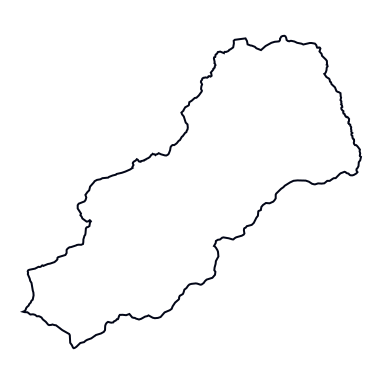 Acevedo, Huila, Colombia (Mercator projection)
{"feature_id": "7082276B6986127045268", "entity_name": "Acevedo", "entity_type": "district", "adm_level": 2, "iso_a3": "COL", "parent_name": "Colombia", "parent_adm1": "Huila", "projection": "mercator", "projection_center": [-75.971, 1.706], "detail": "fine", "context": "isolated", "style": "outline", "palette": "ink", "viewbox_px": 384, "rotation_deg": 0, "n_neighbors": 0, "source": "geoboundaries", "source_scale": "gbopen_adm2", "svg_char_len": 5899}
<svg xmlns="http://www.w3.org/2000/svg" viewBox="0 0 384 384"><path d="M361.0,156.9L359.9,156.1L359.8,155.7L360.2,153.4L359.6,151.3L359.9,149.6L357.6,146.5L356.3,145.2L355.0,145.1L354.0,143.8L353.8,142.8L354.1,141.4L354.0,139.5L353.3,139.2L353.2,138.6L352.5,137.9L352.4,135.9L351.8,135.5L351.4,134.8L351.5,133.7L352.3,133.0L351.7,132.5L351.2,131.3L351.4,130.2L351.0,128.9L351.2,127.2L350.3,125.8L350.2,124.6L349.1,124.2L348.9,123.4L348.4,123.2L348.4,121.9L348.9,121.4L349.1,119.0L347.9,117.4L347.0,116.9L346.6,117.1L346.3,116.8L346.0,116.8L345.5,116.3L345.5,115.9L344.9,115.1L344.6,114.1L343.5,113.5L343.2,112.3L343.4,112.0L343.4,111.1L342.4,110.4L341.4,109.0L341.3,108.2L341.4,107.6L342.3,107.0L342.0,105.5L341.1,104.3L341.6,103.8L341.2,102.1L341.4,101.3L340.5,100.1L341.1,97.6L340.7,96.4L340.5,93.2L338.9,92.2L337.5,91.8L336.4,91.0L335.0,87.4L331.5,84.1L331.0,82.3L330.0,81.6L329.6,79.6L329.1,78.7L326.4,77.0L324.3,73.9L325.0,73.5L325.8,72.3L326.5,70.2L326.7,67.9L326.9,67.2L327.6,66.5L327.3,65.0L326.7,64.7L327.0,64.0L326.9,61.0L325.9,59.6L322.0,55.8L321.6,53.9L319.5,51.5L320.4,48.5L319.9,47.7L319.0,47.4L318.2,47.8L317.1,47.6L316.2,45.0L314.9,43.6L311.5,43.0L309.8,43.0L303.3,44.5L301.6,43.7L297.1,42.8L294.4,41.5L291.6,40.9L290.3,40.9L289.3,41.3L287.9,41.0L286.6,40.0L286.2,37.9L285.4,36.3L284.4,35.8L282.7,36.0L281.3,36.6L280.0,38.8L280.1,39.6L279.8,40.5L278.9,41.4L274.7,41.8L271.4,42.8L265.6,46.0L261.0,50.1L256.4,48.3L254.8,46.8L251.7,45.6L250.6,45.5L247.6,44.4L247.0,41.1L245.5,38.4L234.8,39.8L233.7,40.8L233.9,43.4L233.2,47.3L232.8,47.7L230.2,49.5L229.3,49.8L228.8,50.6L228.0,51.2L225.9,52.0L224.9,51.8L224.0,52.5L223.9,53.1L220.2,51.6L217.8,52.1L217.1,53.5L215.6,54.7L215.2,57.0L214.1,57.4L213.9,58.5L214.7,62.2L214.4,63.1L215.2,64.2L215.5,65.2L214.8,66.2L214.7,67.6L213.3,68.8L213.4,69.5L210.8,72.6L211.3,73.7L211.6,75.8L210.6,76.6L209.8,76.2L208.7,76.2L208.3,76.5L208.2,77.0L207.1,77.7L205.2,77.4L204.7,77.7L203.4,77.8L202.3,78.6L202.1,79.7L201.1,81.0L200.9,82.0L202.1,84.4L201.4,86.2L201.1,88.3L201.1,89.2L201.9,90.7L201.7,91.5L198.8,95.5L196.5,97.7L194.7,98.0L191.6,100.8L189.3,102.2L188.9,105.0L188.5,105.5L185.2,107.3L183.6,110.0L183.5,110.6L181.4,112.6L182.1,114.4L183.8,116.5L185.7,122.6L187.5,124.4L187.8,127.5L187.5,129.6L186.9,130.3L186.3,132.2L185.2,132.8L182.7,136.2L181.8,136.8L179.9,140.1L178.7,140.8L176.8,143.2L175.4,144.3L174.1,145.1L172.8,145.0L171.7,145.6L170.6,147.1L170.1,150.2L168.7,153.8L167.7,154.8L166.3,155.5L164.9,155.4L161.0,154.3L158.7,153.2L157.5,154.1L156.0,154.5L155.5,155.1L154.5,154.3L153.3,154.2L152.7,153.8L152.2,154.4L151.3,154.9L149.8,157.0L148.4,158.0L146.1,159.1L145.6,159.7L144.4,159.9L144.1,160.5L141.5,161.0L140.7,161.3L140.7,161.7L140.3,161.8L138.9,161.4L137.8,159.8L136.8,159.2L135.7,160.5L133.7,161.7L132.9,162.8L132.8,163.4L133.5,165.0L132.3,167.2L132.1,168.0L132.3,168.1L130.1,169.5L125.3,171.6L121.8,172.8L116.5,174.0L115.9,174.7L112.6,175.5L109.0,176.9L108.2,177.6L102.4,178.2L100.4,179.3L97.0,179.9L94.6,181.2L93.9,182.3L90.1,186.6L89.2,190.3L87.5,192.0L85.4,194.9L86.3,197.5L85.6,199.9L84.5,201.4L78.7,203.7L77.7,205.2L77.7,208.5L81.0,213.6L80.4,215.2L81.6,216.6L82.4,218.5L86.6,221.6L88.2,221.4L89.8,220.2L90.9,221.3L90.0,222.6L89.4,226.1L87.8,227.1L86.7,227.3L85.9,228.4L85.5,233.3L85.2,234.9L84.5,235.7L83.4,239.4L83.3,242.3L83.0,244.0L81.2,244.8L78.5,244.7L76.9,245.0L75.9,245.5L71.0,247.1L69.4,247.3L67.5,248.7L66.6,250.0L66.6,253.0L65.4,255.0L58.1,257.2L57.4,258.0L57.4,259.3L56.6,260.3L54.5,262.1L50.1,263.6L47.9,264.0L43.3,265.9L42.7,265.4L42.2,265.4L40.8,266.7L39.8,267.0L38.5,266.8L35.1,268.6L29.2,269.8L28.1,270.4L27.7,271.4L28.1,272.8L27.8,274.1L29.7,278.6L30.2,280.8L31.5,282.9L32.8,290.6L33.4,292.5L33.6,295.4L32.7,299.7L31.5,300.7L30.7,302.6L29.1,304.3L28.7,305.5L26.7,307.3L26.0,308.5L25.7,309.7L24.7,311.0L23.0,311.7L24.4,312.1L27.5,312.3L30.3,314.5L33.0,314.3L35.0,314.8L37.0,316.3L38.8,316.2L40.1,316.7L41.5,317.5L42.8,319.4L45.8,321.8L48.1,324.6L49.1,325.1L51.3,324.9L52.4,324.5L54.5,325.1L56.0,325.3L62.3,330.1L69.2,334.0L69.8,335.2L70.2,342.8L71.9,345.2L73.0,347.6L73.8,348.2L74.9,347.8L76.4,346.8L80.3,343.0L84.1,342.1L85.5,340.8L87.2,339.8L91.2,338.4L96.0,335.0L100.9,333.5L103.8,331.9L105.0,330.1L105.2,325.9L105.7,324.3L106.7,322.8L108.0,321.9L111.2,322.7L113.3,322.4L113.8,321.5L115.8,320.5L116.9,319.2L117.7,319.3L118.1,319.0L119.1,315.9L119.8,314.9L122.7,314.8L126.1,315.2L129.4,314.0L132.2,317.4L133.9,317.9L134.8,317.9L136.0,318.6L139.0,319.5L141.2,318.8L145.1,316.6L147.3,316.1L148.5,315.4L152.7,317.7L154.8,318.2L158.0,317.9L160.6,317.0L164.6,312.4L169.8,310.2L171.7,308.8L172.6,306.4L175.1,302.6L178.8,299.4L179.1,298.7L179.1,297.3L179.8,295.8L182.8,294.1L183.5,292.7L184.4,289.6L186.4,288.1L188.1,285.7L189.4,284.5L191.3,283.9L195.7,283.4L197.2,283.6L200.4,284.7L201.6,284.5L203.7,283.0L204.9,281.2L206.6,279.6L212.4,277.8L215.0,274.8L215.4,271.8L214.3,270.2L214.6,267.5L215.6,263.9L215.9,261.1L218.4,256.5L218.0,251.8L217.5,250.4L216.1,248.0L214.8,246.4L214.0,246.0L215.7,243.0L215.9,241.0L217.8,239.8L220.0,239.5L222.2,237.7L223.5,237.4L228.8,238.3L232.4,239.4L233.4,239.4L234.7,238.2L236.2,237.3L241.8,235.7L243.7,234.6L244.4,233.5L243.9,230.4L244.0,229.0L244.5,228.1L245.6,227.7L246.8,226.2L251.7,224.9L253.8,222.9L256.4,217.7L257.9,215.8L258.3,211.3L258.8,210.9L260.8,210.1L261.4,206.9L263.0,205.0L265.9,203.0L269.6,203.3L273.3,201.6L274.6,200.1L275.7,198.4L275.7,194.7L276.2,193.6L281.1,188.8L283.4,187.2L284.8,185.7L290.1,182.4L293.5,180.8L297.3,180.4L305.7,180.6L308.9,181.7L312.1,183.8L314.1,184.3L315.3,184.3L318.1,183.4L321.7,183.6L324.3,183.3L327.2,180.9L329.7,180.9L332.8,178.7L333.8,178.2L335.7,178.1L339.7,174.0L340.6,173.3L344.5,171.8L345.5,172.1L346.6,173.1L348.5,173.6L349.7,174.9L350.7,175.3L352.7,175.3L354.1,174.8L356.4,173.4L357.5,172.1L356.5,170.7L356.5,169.2L357.7,167.7L358.5,166.1L358.8,162.2L360.2,160.3L361.0,156.9Z" fill="none" stroke="#020617" stroke-width="2"/></svg>